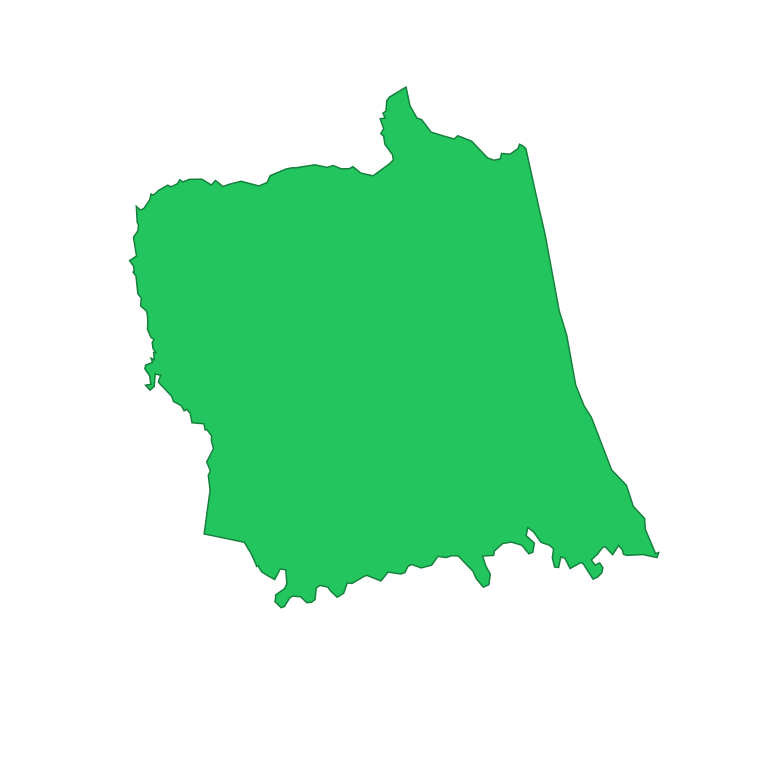 San Sebastián, Puerto Rico (Equal Earth projection), rotated 336°
{"feature_id": "32010507B16977701319194", "entity_name": "San Sebastián", "entity_type": "district", "adm_level": 2, "iso_a3": "PRI", "parent_name": "Puerto Rico", "parent_adm1": "", "projection": "equal_earth", "projection_center": [-66.981, 18.324], "detail": "fine", "context": "isolated", "style": "filled", "palette": "green", "viewbox_px": 768, "rotation_deg": 336, "n_neighbors": 0, "source": "geoboundaries", "source_scale": "gbopen_adm2", "svg_char_len": 2967}
<svg xmlns="http://www.w3.org/2000/svg" viewBox="0 0 768 768"><g transform="rotate(336 384 384)"><path d="M230.0,121.0L224.3,135.9L224.5,138.5L221.7,143.8L214.8,148.1L210.0,166.4L201.8,167.8L203.2,175.0L201.1,180.2L200.3,179.9L201.3,184.7L195.8,201.6L197.2,206.7L193.4,213.9L196.8,220.7L195.9,224.7L193.6,231.0L190.1,238.0L190.1,246.9L192.1,249.7L189.1,251.9L187.4,257.7L188.3,262.6L186.4,261.5L184.0,268.4L181.7,265.7L181.3,270.2L174.1,269.7L171.7,272.8L173.2,281.2L170.9,289.5L165.7,288.1L167.8,294.5L173.0,292.8L179.1,281.8L183.5,285.2L178.6,290.5L185.0,308.7L184.6,314.4L190.0,321.4L190.5,327.2L193.7,327.1L195.0,332.2L192.8,341.3L203.3,347.1L202.0,353.3L203.7,353.6L205.4,361.5L203.4,365.0L201.9,373.7L190.3,383.1L190.1,392.8L186.3,396.0L181.9,410.4L177.7,417.1L158.7,447.8L192.0,471.8L193.6,484.5L193.7,496.5L193.4,498.8L195.0,498.7L195.7,505.5L199.7,511.7L204.6,518.2L213.9,510.8L218.7,513.8L214.0,527.0L210.0,530.5L199.2,532.6L197.7,535.8L195.9,538.4L199.0,546.5L202.4,546.8L210.6,541.3L214.1,540.5L221.3,544.5L224.5,552.4L229.1,553.9L233.3,552.9L239.2,542.7L243.6,542.0L250.0,546.6L251.0,551.4L254.4,559.7L262.0,558.8L269.5,550.8L273.7,553.2L286.9,551.7L290.3,551.7L301.1,562.7L311.2,557.5L322.3,564.5L326.5,564.8L331.7,560.3L336.0,560.2L343.1,567.1L353.8,568.9L363.3,563.4L370.0,567.8L376.0,568.4L381.9,571.3L389.1,591.2L389.1,599.4L392.1,610.0L398.1,610.0L403.7,601.1L403.0,591.6L404.1,581.2L414.4,585.2L416.8,581.5L427.6,578.0L436.0,580.2L444.4,587.4L447.3,598.1L451.5,598.2L456.6,590.6L452.2,580.3L457.0,573.6L460.4,579.7L463.1,592.6L469.6,598.6L471.8,603.6L467.1,611.2L465.4,620.6L468.9,622.6L475.2,614.0L478.4,616.7L479.0,628.3L490.8,627.2L492.8,628.7L495.6,647.3L500.7,647.2L505.9,645.3L509.2,640.9L508.3,635.2L503.2,635.2L501.8,629.1L509.8,626.3L517.4,622.1L519.9,622.7L523.5,632.9L532.6,626.9L534.2,632.1L533.6,637.0L535.9,639.2L551.1,645.1L562.8,653.6L566.4,649.7L565.8,649.5L563.1,649.5L563.6,623.0L567.4,612.9L562.0,597.4L564.2,575.0L557.0,555.1L557.8,539.3L559.9,498.9L558.7,491.0L557.9,485.2L558.7,463.0L570.7,414.0L572.6,399.0L573.4,391.5L574.0,387.6L592.2,312.0L596.7,288.6L609.3,226.8L607.8,223.1L606.7,221.8L605.4,220.1L602.2,223.4L592.9,225.3L589.8,223.8L585.2,221.2L581.9,225.5L575.6,224.4L570.6,219.6L562.8,197.8L552.4,187.2L547.8,188.7L539.7,182.0L529.5,173.1L525.9,157.8L522.3,154.5L520.9,140.4L524.9,121.7L505.7,124.1L501.8,126.3L496.8,135.4L493.2,136.2L493.2,141.5L488.4,140.1L487.5,150.7L482.9,154.0L484.5,157.5L482.3,165.4L485.0,177.9L483.7,183.0L479.2,184.9L458.8,189.4L448.7,182.0L444.0,172.8L440.1,173.2L432.5,170.1L426.5,163.8L420.0,162.9L410.1,155.7L390.6,150.4L388.7,149.3L382.3,147.8L379.1,147.7L364.8,147.4L359.2,152.4L350.2,152.2L336.0,140.7L324.0,138.6L317.3,138.2L312.8,129.5L307.2,132.0L300.9,122.8L289.2,117.8L282.5,117.7L280.5,114.4L276.8,117.0L269.7,117.3L267.4,114.4L256.8,115.5L250.4,117.7L248.4,115.7L245.0,120.4L235.9,126.0L232.2,126.0L230.0,121.0Z" fill="#22c55e" stroke="#15803d" stroke-width="1.5"/></g></svg>